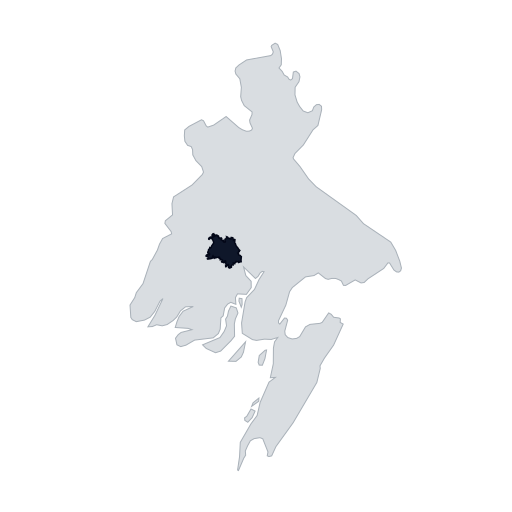 Faridpur, Dhaka, Bangladesh shown in context, rotated 37°
{"feature_id": "16705992B67131385183639", "entity_name": "Faridpur", "entity_type": "district", "adm_level": 2, "iso_a3": "BGD", "parent_name": "Bangladesh", "parent_adm1": "Dhaka", "projection": "mercator", "projection_center": [89.785, 23.466], "detail": "fine", "context": "in_parent", "style": "filled", "palette": "ink", "viewbox_px": 512, "rotation_deg": 37, "n_neighbors": 0, "source": "geoboundaries", "source_scale": "gbopen_adm2", "svg_char_len": 9055}
<svg xmlns="http://www.w3.org/2000/svg" viewBox="0 0 512 512"><g transform="rotate(37 256 256)"><path d="M182.5,357.3L182.4,346.1L174.9,323.8L175.3,321.3L173.7,310.6L171.8,304.6L170.9,298.2L175.3,289.1L173.6,287.6L163.6,284.8L162.4,282.4L164.6,273.4L157.4,264.8L154.6,258.4L162.2,237.8L164.1,223.3L163.6,220.6L158.9,217.3L150.6,216.0L144.7,213.3L141.3,209.2L138.4,207.6L134.8,208.8L130.2,207.2L126.4,203.1L123.2,198.2L124.5,192.8L130.5,180.0L132.7,179.6L138.0,182.1L139.9,182.1L143.4,177.0L148.2,162.6L164.9,163.8L169.0,163.4L173.2,162.2L175.4,160.4L176.7,158.1L176.3,156.1L171.1,153.3L169.1,151.3L167.7,145.5L166.2,143.3L156.1,143.0L150.8,140.4L147.9,138.0L142.8,130.1L136.4,124.2L130.4,122.8L128.0,120.9L126.7,117.9L127.5,113.5L130.5,105.1L147.2,87.0L147.7,85.0L147.0,82.6L142.1,79.7L141.8,78.3L143.2,74.5L146.0,74.0L151.7,77.4L157.6,83.1L161.1,88.1L161.2,92.0L165.8,92.8L169.6,94.5L173.5,94.0L176.1,95.0L177.8,94.6L178.4,92.4L175.1,86.6L176.7,84.3L180.6,84.4L183.3,86.5L185.4,90.9L185.7,97.7L190.2,103.9L196.2,108.3L200.8,110.3L206.4,111.8L211.2,110.4L213.6,106.1L212.5,102.2L213.2,98.8L215.2,96.9L218.2,97.0L220.4,99.7L226.9,114.5L225.6,121.0L227.0,138.9L225.4,150.6L226.4,155.1L227.5,155.9L237.3,158.1L251.6,162.8L262.4,164.5L311.7,163.3L322.4,165.5L355.3,163.8L364.2,167.5L373.9,173.6L379.4,178.1L380.4,180.7L379.8,182.9L377.9,184.1L374.6,184.2L366.9,181.2L365.5,182.1L365.5,189.1L359.2,206.7L358.3,212.1L356.1,214.3L349.6,215.4L345.3,225.6L343.5,226.8L339.3,224.6L336.6,225.0L333.3,225.9L330.0,228.3L327.7,231.2L325.1,232.2L315.9,232.0L314.1,236.7L308.1,242.9L304.0,259.3L304.3,264.3L309.4,277.3L312.9,294.2L314.3,295.9L316.0,296.1L316.1,288.4L317.8,287.4L319.9,288.2L324.2,298.7L326.7,301.3L330.5,302.0L334.8,300.5L338.0,297.4L339.4,294.1L338.2,282.8L340.3,278.1L347.7,271.2L348.8,269.1L348.3,257.7L351.2,257.3L354.9,258.2L359.7,255.5L361.2,255.4L363.2,258.4L366.6,257.9L371.6,280.5L372.1,296.4L373.2,305.2L375.0,307.2L380.7,320.4L386.0,366.9L386.6,396.2L388.8,406.2L387.0,408.4L385.2,408.8L383.5,405.3L371.4,397.9L368.5,398.7L364.4,403.0L362.7,407.0L363.5,412.6L364.8,418.1L367.6,421.3L367.9,424.8L371.1,437.9L370.1,438.0L363.6,426.1L355.6,414.3L353.0,393.2L352.9,382.7L347.4,370.4L342.3,348.9L344.5,341.3L340.7,344.6L334.7,331.7L325.3,319.0L322.5,313.4L322.4,308.0L318.4,313.5L312.8,317.3L307.2,323.1L303.5,324.9L291.6,326.0L284.8,318.2L274.9,299.2L273.6,294.9L274.9,283.6L272.6,273.0L271.9,263.7L270.2,264.5L269.5,267.1L269.9,271.0L269.1,274.3L252.6,272.2L259.7,277.8L267.3,279.1L271.2,284.1L271.4,292.4L264.0,297.4L264.6,301.6L269.0,306.7L263.7,308.2L262.3,311.5L262.2,316.3L265.8,323.6L265.2,326.5L271.4,336.0L272.6,340.6L271.1,347.1L257.6,360.1L253.7,369.4L250.4,373.7L246.3,374.5L241.2,370.1L241.2,365.6L242.2,362.1L249.2,353.4L245.4,354.6L234.5,361.7L232.4,355.9L231.0,350.5L231.0,344.0L236.3,334.1L230.3,339.0L228.7,345.2L229.4,352.4L228.6,357.5L226.3,364.2L223.1,368.2L218.0,370.7L215.7,374.7L212.3,377.6L211.0,364.2L207.3,346.0L206.5,349.9L208.5,361.2L208.3,368.5L205.5,374.3L199.9,380.5L195.5,381.3L193.0,380.4L184.9,371.0L184.2,362.2L182.5,357.3ZM281.9,357.6L271.9,359.8L266.8,359.1L276.3,342.8L276.0,335.4L274.5,329.5L269.7,324.7L269.4,321.2L267.2,316.6L266.1,311.1L271.5,309.3L275.9,312.4L277.4,318.7L279.6,323.3L287.2,333.0L287.0,338.8L285.0,353.2L281.9,357.6ZM303.4,352.2L297.3,356.6L299.3,330.8L303.9,340.4L305.0,345.5L303.4,352.2ZM326.8,339.4L324.2,341.2L321.7,339.6L318.5,333.5L320.0,325.8L321.0,324.7L324.9,332.6L326.8,339.4ZM349.5,393.7L346.0,394.0L344.3,392.1L345.1,389.6L344.1,381.2L348.6,380.4L350.2,387.4L349.5,393.7ZM345.6,370.4L343.0,378.7L342.0,375.0L343.8,367.7L345.6,370.4ZM274.1,303.1L275.1,305.8L269.5,302.3L268.0,299.8L270.5,298.5L274.1,303.1Z" fill="#d9dde1" stroke="#a8b0b8" stroke-width="1"/><path d="M237.6,260.9L236.8,260.5L235.7,260.3L233.6,259.7L233.2,259.5L233.0,259.2L232.6,258.8L232.0,258.6L231.2,258.5L230.7,257.8L229.3,255.6L228.6,255.9L228.1,256.0L228.2,256.3L228.2,256.5L228.3,256.6L228.3,256.8L227.9,256.4L227.9,256.2L227.6,256.2L226.7,255.9L226.4,255.4L225.3,256.0L225.1,256.1L225.2,256.3L225.1,257.4L225.1,257.5L225.3,257.6L225.0,257.7L225.0,257.9L224.7,257.9L224.1,258.1L223.5,258.0L223.3,258.2L223.1,258.2L223.0,258.4L223.0,258.9L222.6,258.9L222.1,258.9L221.8,258.4L221.7,258.2L221.5,258.5L221.1,258.5L221.5,258.9L221.4,259.0L221.6,259.6L221.5,260.2L221.6,260.4L221.6,260.6L221.6,260.8L221.3,261.2L221.5,261.3L221.5,261.7L221.5,261.9L221.9,262.2L222.6,262.7L222.9,263.0L223.0,263.3L222.9,263.6L222.2,263.8L222.3,263.9L222.2,264.2L221.7,264.3L221.4,264.2L221.0,263.9L220.9,263.6L220.9,263.4L220.5,263.3L220.5,263.6L220.6,263.8L220.3,263.7L219.9,263.9L219.7,263.7L219.3,263.8L218.9,264.0L218.5,264.1L218.3,264.1L218.2,264.0L218.1,263.8L218.3,263.4L218.1,263.2L218.0,262.6L217.9,262.6L217.3,262.5L217.2,262.5L217.0,262.8L216.9,263.1L216.7,263.7L216.5,263.8L216.5,263.7L216.4,263.8L216.2,263.7L216.1,263.8L215.9,263.7L215.9,263.8L215.7,263.8L215.6,263.6L215.4,263.6L215.4,263.8L215.2,263.8L215.0,263.7L214.7,263.6L214.6,263.4L214.4,263.4L214.2,263.0L214.1,262.7L213.9,262.6L213.7,262.8L214.0,263.1L214.0,263.3L213.8,263.4L213.5,263.5L213.3,263.5L212.8,263.2L212.5,262.8L212.0,262.9L211.9,263.0L212.0,263.1L212.0,263.4L211.9,263.5L211.5,263.6L211.1,263.7L211.0,263.9L211.1,264.2L210.7,264.6L210.8,264.8L210.7,264.8L210.8,264.9L210.9,265.0L211.2,264.9L211.3,264.9L211.3,265.2L211.0,265.6L210.8,265.6L210.7,265.1L210.4,264.9L210.3,265.0L210.0,264.9L209.9,264.6L209.7,264.4L209.5,264.2L209.5,263.9L209.1,263.9L208.8,263.7L208.6,264.1L208.2,264.4L208.3,264.9L208.2,265.5L208.3,265.8L208.7,266.1L209.6,266.2L210.3,266.9L210.5,267.1L210.4,267.4L210.2,267.6L209.6,267.5L209.4,267.5L208.7,267.8L208.3,268.2L207.9,269.0L207.7,269.4L207.7,270.5L208.0,270.9L208.1,271.0L208.3,270.9L208.5,270.9L208.8,269.8L208.8,269.1L208.9,268.8L209.4,268.6L209.8,268.6L210.9,268.9L212.5,269.5L214.1,270.7L214.4,271.2L214.5,271.7L214.4,272.5L214.5,273.5L214.5,274.4L214.6,274.9L215.0,275.9L215.1,276.5L214.9,276.8L214.4,276.8L214.0,277.0L214.5,277.6L214.5,278.3L214.3,279.0L214.3,279.5L214.5,279.8L214.6,280.0L215.0,280.9L215.4,281.4L215.8,281.7L216.7,282.0L216.4,282.1L216.0,282.1L215.7,281.9L215.3,281.5L215.1,281.7L215.2,281.9L215.4,282.3L215.9,282.6L216.7,282.6L217.3,282.7L217.9,283.0L218.1,283.3L217.9,283.4L217.4,283.4L216.9,283.6L216.2,284.4L215.9,285.2L216.0,285.9L216.1,286.1L216.3,286.2L216.5,286.2L216.8,286.1L217.2,285.7L217.8,285.5L217.7,285.3L217.8,285.3L218.1,285.5L218.3,285.6L219.1,286.7L219.2,287.0L218.9,287.5L219.1,287.6L219.7,287.2L220.2,286.5L220.7,286.2L220.8,286.1L220.7,285.7L221.4,285.4L221.6,285.3L221.7,285.0L221.6,284.8L221.6,284.7L222.2,284.4L222.4,283.8L222.8,283.5L222.4,282.9L221.9,282.6L221.7,282.5L221.8,282.3L221.7,282.1L221.9,282.1L221.5,281.8L221.5,281.7L222.1,282.0L222.3,282.2L222.2,282.3L222.2,282.5L222.4,282.6L222.6,282.5L222.7,282.3L222.5,282.2L222.6,281.9L222.8,281.9L222.9,282.1L223.0,282.3L223.2,282.5L223.6,282.6L223.5,282.3L223.6,282.2L223.7,282.3L223.8,282.2L223.7,282.1L223.8,282.1L223.7,282.0L223.8,282.0L223.9,281.8L224.2,281.8L224.3,282.0L224.4,281.7L224.5,281.6L224.5,281.8L224.6,281.7L224.5,281.4L224.4,281.4L224.4,281.2L224.9,281.1L225.0,281.1L225.3,281.2L225.6,280.8L225.9,280.3L226.5,279.9L227.0,279.1L227.3,279.0L227.5,279.6L227.9,280.0L228.1,279.9L228.3,279.6L228.5,279.4L229.0,279.4L229.2,279.5L229.3,279.7L229.3,280.1L229.7,280.6L229.8,280.5L229.9,280.1L230.4,279.7L231.2,279.3L231.6,279.3L231.8,279.6L232.2,279.7L232.3,279.8L232.3,280.0L232.0,280.3L231.8,280.7L231.7,281.0L232.1,281.4L232.5,281.4L232.8,281.3L232.8,280.9L233.1,280.6L234.0,280.6L234.3,280.7L234.5,280.3L234.9,280.1L235.0,279.7L234.7,279.4L234.5,279.2L234.4,279.5L234.2,279.5L234.1,279.3L234.1,278.7L234.2,278.3L234.4,278.2L234.5,278.2L234.7,278.5L235.6,278.9L235.8,279.3L235.9,279.9L236.0,279.9L236.3,280.1L236.7,280.3L237.2,280.4L237.7,280.6L238.1,280.4L238.2,280.8L237.9,281.2L237.5,281.5L237.3,281.7L237.9,282.2L238.2,282.8L238.4,282.8L238.5,282.6L238.6,282.2L238.6,281.7L238.8,281.3L239.0,281.0L238.9,280.9L239.0,279.9L238.9,279.6L239.1,279.4L239.4,279.5L239.5,279.7L239.5,279.8L239.7,280.1L240.0,280.3L240.7,281.0L241.0,281.6L241.5,281.4L241.6,281.5L241.7,281.4L241.7,281.5L242.0,281.6L242.5,281.2L242.5,280.6L242.4,280.6L242.4,280.3L242.6,280.2L242.8,280.0L243.0,279.9L242.8,279.6L242.9,279.4L242.5,279.2L242.4,278.9L242.1,279.0L242.1,278.9L242.3,278.1L242.2,277.8L242.5,277.2L242.7,276.9L243.0,276.8L242.9,276.7L242.6,276.5L242.6,276.2L242.7,275.7L243.6,275.0L243.5,274.9L243.0,274.8L242.8,274.9L242.5,274.9L243.0,274.4L243.1,274.2L243.5,273.7L243.4,273.5L243.5,273.3L243.4,273.3L243.3,273.1L243.2,272.7L243.3,272.7L243.4,272.3L243.5,272.1L244.2,272.0L244.9,271.6L245.3,270.9L245.9,271.5L246.0,271.6L246.4,271.1L246.6,270.0L247.0,270.1L247.6,269.5L246.5,268.3L245.6,266.8L245.0,266.0L244.9,265.5L244.6,265.3L243.7,265.3L243.0,265.1L242.3,265.3L242.0,265.5L241.6,265.5L241.4,265.3L240.4,264.9L239.8,264.7L240.3,264.1L239.6,263.4L239.5,263.2L239.4,262.5L239.9,262.3L239.8,262.0L239.6,261.7L239.7,261.3L238.9,261.2L237.6,260.9Z" fill="#0f172a" stroke="#020617" stroke-width="1.5"/></g></svg>